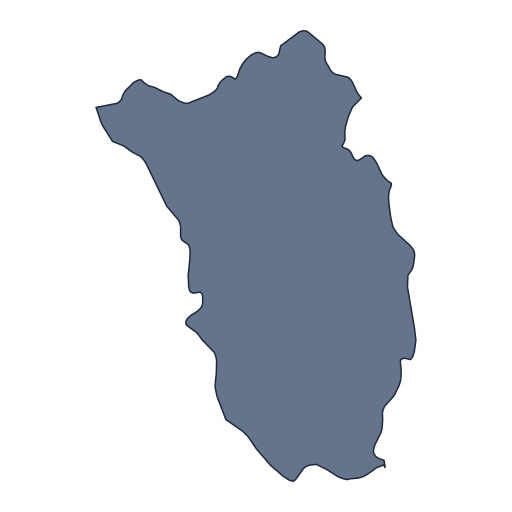 Kilkenny, Mercator projection
{"feature_id": "IRL-722", "entity_name": "Kilkenny", "entity_type": "County", "adm_level": 1, "iso_a3": "IRL", "parent_name": "Ireland", "parent_adm1": "", "projection": "mercator", "projection_center": [-7.22, 52.568], "detail": "fine", "context": "isolated", "style": "filled", "palette": "slate", "viewbox_px": 512, "rotation_deg": 0, "n_neighbors": 0, "source": "natural_earth", "source_scale": "10m", "svg_char_len": 2779}
<svg xmlns="http://www.w3.org/2000/svg" viewBox="0 0 512 512"><path d="M384.0,460.2L385.2,467.7L383.4,465.0L376.8,467.6L367.1,474.5L363.1,476.6L358.3,478.1L350.0,478.8L347.7,479.6L343.7,478.9L338.1,476.8L326.6,469.4L316.3,464.4L310.9,464.9L307.5,465.8L304.9,467.2L303.4,468.7L296.6,478.2L295.2,479.9L293.3,481.3L289.4,480.3L282.9,476.0L270.4,465.2L256.5,449.0L248.0,436.5L242.6,431.2L225.9,419.6L216.9,396.1L215.1,387.1L215.5,381.0L216.3,373.9L216.6,360.2L215.6,355.8L214.4,352.6L201.8,339.5L199.2,335.7L196.2,332.2L188.2,326.5L186.0,324.4L185.8,322.1L186.5,320.0L187.9,318.1L190.9,315.3L197.1,311.5L200.5,308.4L201.6,306.7L202.3,305.1L202.6,303.4L202.7,301.2L202.6,295.8L201.8,293.6L200.2,292.1L193.5,293.2L190.6,292.1L189.4,289.9L188.7,287.1L188.2,275.4L189.9,258.4L190.1,251.2L189.6,247.5L188.3,244.6L183.9,241.7L181.5,239.5L180.6,236.3L180.6,226.3L179.7,222.9L178.7,220.3L166.6,206.0L146.4,164.1L143.6,159.8L142.1,158.0L140.5,156.5L131.9,151.9L124.3,146.3L122.1,145.2L112.6,141.5L102.7,125.9L100.6,121.1L96.1,107.4L117.3,103.3L119.6,101.5L121.6,99.2L122.7,95.5L125.1,91.0L133.6,82.5L138.0,80.1L141.3,79.8L142.8,81.5L145.1,83.5L148.2,85.6L155.1,87.6L163.6,91.9L169.5,93.7L171.3,94.6L176.9,99.5L179.6,101.3L184.8,103.2L187.9,103.3L209.5,94.7L214.3,91.5L217.2,88.5L218.0,86.0L219.6,83.0L222.1,80.2L226.9,76.4L230.0,76.3L232.4,77.3L234.8,79.1L236.3,78.1L237.4,76.2L239.8,69.0L242.1,64.6L243.9,62.1L246.4,59.1L251.4,54.8L254.9,53.1L258.0,52.3L260.5,52.8L268.1,56.5L272.8,57.8L275.7,57.1L277.7,55.7L279.0,53.4L280.1,48.1L280.7,45.8L299.4,31.8L303.3,30.7L306.3,31.0L308.3,32.2L322.7,44.2L324.1,46.1L324.9,48.2L325.2,50.9L324.9,56.9L325.1,59.8L325.8,62.1L328.4,66.2L330.5,70.3L332.3,72.3L334.9,74.2L347.5,77.1L349.6,78.4L351.1,80.1L352.4,82.2L354.4,86.4L355.3,88.6L357.4,93.1L361.4,98.0L352.6,106.9L348.4,116.4L345.7,125.8L344.8,131.3L345.0,140.0L343.8,142.8L342.1,146.0L343.1,147.5L347.8,149.2L349.8,150.9L351.5,153.5L353.3,157.8L355.3,160.0L357.6,160.5L359.6,159.7L365.4,155.8L367.6,155.4L369.9,155.6L372.1,156.7L374.3,159.3L376.5,162.7L382.0,174.3L382.4,175.1L385.5,178.7L388.9,181.8L391.1,183.0L391.4,184.5L391.1,186.2L389.8,189.3L389.0,192.1L388.5,197.0L388.9,203.5L390.6,216.5L391.9,222.6L393.0,226.9L395.4,231.0L398.1,234.6L409.7,245.1L413.1,249.2L414.4,252.5L414.7,255.6L413.5,264.4L412.9,267.2L411.8,269.7L407.9,275.3L407.5,287.1L414.5,328.3L415.9,340.4L414.3,351.8L412.6,357.0L410.3,359.6L405.7,358.4L403.3,358.3L400.8,359.7L400.3,361.8L401.2,369.6L401.0,377.7L400.1,382.4L398.7,386.3L395.0,393.9L393.6,396.3L384.5,406.4L383.0,410.1L382.4,413.4L382.6,416.9L382.6,421.0L382.2,427.1L381.7,430.2L380.5,433.6L375.1,444.4L373.8,448.5L373.4,451.9L374.3,454.2L375.5,456.2L377.1,457.5L379.8,458.9L382.5,459.8L384.0,460.2Z" fill="#64748b" stroke="#1e293b" stroke-width="1.5"/></svg>